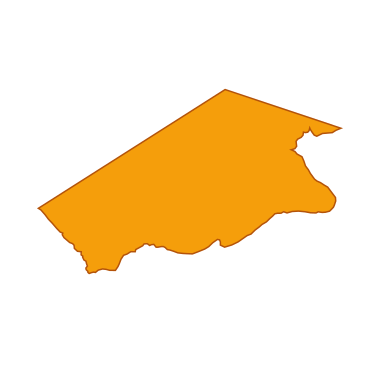 the district of Ngchemesed, Palau, rotated 291°
{"feature_id": "81905179B10873583367862", "entity_name": "Ngchemesed", "entity_type": "district", "adm_level": 2, "iso_a3": "PLW", "parent_name": "Palau", "parent_adm1": "", "projection": "robinson", "projection_center": [134.501, 7.511], "detail": "fine", "context": "isolated", "style": "filled", "palette": "amber", "viewbox_px": 384, "rotation_deg": 291, "n_neighbors": 0, "source": "geoboundaries", "source_scale": "gbopen_adm2", "svg_char_len": 1789}
<svg xmlns="http://www.w3.org/2000/svg" viewBox="0 0 384 384"><g transform="rotate(291 192 192)"><path d="M299.5,186.2L121.7,54.4L121.1,57.4L118.2,62.9L115.1,67.8L112.8,72.7L109.5,78.8L107.4,83.2L107.3,86.1L105.6,86.2L103.5,88.9L102.2,92.6L101.0,95.9L101.0,99.0L100.0,101.0L97.2,102.4L95.6,106.3L96.5,110.0L93.6,111.0L93.0,113.0L91.9,113.3L89.8,115.5L89.4,117.8L87.2,119.3L85.4,120.9L83.0,120.2L81.6,121.0L80.6,123.2L79.6,123.7L79.1,125.2L80.9,127.3L82.0,129.0L82.3,130.7L85.5,132.5L88.1,136.1L89.0,139.5L89.4,143.3L91.4,148.6L95.8,149.6L98.7,149.8L103.7,149.8L108.4,150.8L110.8,153.6L114.3,156.2L115.9,160.4L118.1,160.1L124.1,165.2L126.4,165.9L127.7,168.8L126.9,171.6L128.3,173.0L129.4,175.1L128.5,176.7L127.6,178.3L128.3,180.0L130.0,182.8L130.8,184.8L130.6,186.8L129.4,189.6L129.9,192.2L130.1,196.3L130.1,200.5L131.4,205.6L132.5,209.0L134.4,214.6L138.4,219.1L143.4,224.4L147.0,227.2L152.0,229.5L156.8,232.7L157.2,234.9L155.5,236.4L152.6,237.5L152.2,242.2L156.8,248.1L161.9,252.9L166.8,256.2L171.1,259.1L173.9,262.2L179.2,264.6L183.3,267.2L186.8,269.0L190.8,272.2L195.0,274.1L198.6,276.0L201.3,277.1L202.8,279.4L204.1,282.7L206.4,284.6L206.5,288.2L209.7,292.5L212.3,298.2L214.1,304.7L215.1,310.1L216.9,315.3L218.7,316.9L219.6,320.9L221.0,323.9L223.4,327.3L226.0,328.5L228.5,329.5L230.6,329.6L235.1,329.4L238.3,327.9L242.5,321.2L245.2,316.9L245.8,313.1L246.8,308.6L247.0,304.8L247.9,301.8L251.7,295.9L254.5,292.6L257.0,288.6L260.9,285.4L264.3,282.1L265.1,276.4L266.7,273.6L267.0,269.5L269.3,272.5L272.2,273.3L276.6,271.0L279.2,271.7L282.1,274.3L284.7,275.3L287.8,274.6L288.1,276.6L289.3,278.6L291.2,279.3L293.9,279.0L293.0,279.8L290.7,282.9L288.9,285.7L288.8,288.5L293.4,292.8L297.7,301.7L301.2,304.3L304.9,308.2L299.5,186.2Z" fill="#f59e0b" stroke="#b45309" stroke-width="1.5"/></g></svg>